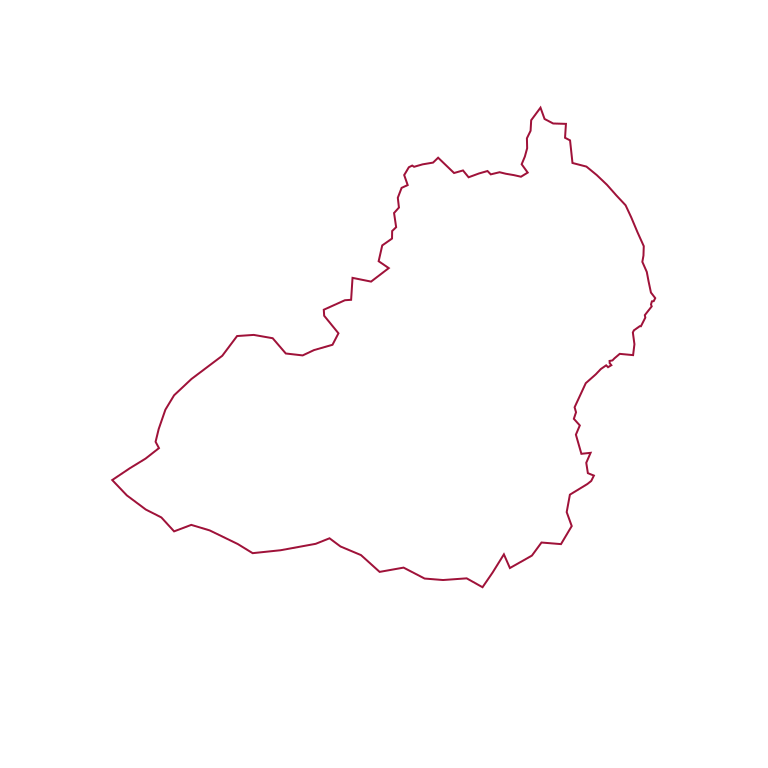 the district of Kedares, Paphos, Cyprus, rotated 344°
{"feature_id": "46923920B11025304777915", "entity_name": "Kedares", "entity_type": "district", "adm_level": 2, "iso_a3": "CYP", "parent_name": "Cyprus", "parent_adm1": "Paphos", "projection": "albers", "projection_center": [32.731, 34.831], "detail": "fine", "context": "isolated", "style": "outline", "palette": "rose", "viewbox_px": 768, "rotation_deg": 344, "n_neighbors": 0, "source": "geoboundaries", "source_scale": "gbopen_adm2", "svg_char_len": 1928}
<svg xmlns="http://www.w3.org/2000/svg" viewBox="0 0 768 768"><g transform="rotate(344 384 384)"><path d="M346.6,296.0L345.3,301.9L354.2,322.7L345.3,332.1L326.1,332.1L313.7,334.1L298.0,327.6L289.6,309.3L272.3,300.9L256.0,297.4L236.3,312.3L200.3,326.1L179.1,337.0L166.8,348.4L155.0,365.2L148.5,376.6L150.0,383.6L134.2,390.0L116.5,394.9L96.3,401.4L97.0,402.8L106.1,420.2L120.4,439.0L133.2,450.9L141.6,467.8L159.9,466.3L176.1,476.7L199.3,497.5L211.1,510.4L238.8,515.3L274.3,518.8L289.1,517.3L297.4,528.2L314.7,542.1L328.0,563.4L352.2,565.9L369.4,582.2L386.7,588.7L409.9,593.6L420.6,604.4L422.7,606.5L436.5,595.1L452.3,580.8L454.3,595.6L478.9,589.7L491.7,579.8L510.0,586.7L525.3,572.3L524.3,557.5L532.2,541.6L551.9,536.2L556.5,534.3L560.5,529.9L555.4,525.9L556.7,515.5L563.6,507.1L554.5,505.5L554.5,485.6L560.8,477.8L556.9,469.8L560.8,464.1L560.8,458.9L578.2,438.8L590.2,433.1L596.5,429.4L602.7,427.3L604.0,429.6L607.7,428.6L606.7,426.1L607.2,424.0L610.1,424.3L612.5,422.9L618.9,420.0L631.4,424.9L635.7,414.8L637.4,403.1L639.0,401.3L645.9,398.9L646.9,399.3L653.5,392.2L653.7,389.7L662.7,383.2L662.6,381.1L664.3,378.4L666.1,378.7L668.4,376.2L665.8,369.7L666.6,358.4L667.5,348.7L666.0,337.8L668.8,332.1L671.7,323.1L669.5,308.0L667.6,292.0L665.5,278.8L659.3,266.7L653.3,254.1L646.1,241.8L638.5,230.8L626.1,223.5L630.0,201.1L625.9,197.2L630.6,184.1L618.4,180.2L611.4,173.5L610.6,161.5L598.2,171.0L594.7,181.0L589.1,187.2L586.6,196.8L582.1,204.2L576.9,210.7L580.4,220.4L572.8,222.5L566.4,219.0L559.1,215.5L553.5,212.3L544.4,211.9L542.2,207.8L533.3,207.8L522.3,208.6L518.8,200.5L509.5,200.5L498.4,181.4L492.2,184.7L481.6,183.5L472.8,183.5L471.3,181.8L467.6,182.5L463.5,186.4L461.0,188.7L461.6,199.3L455.0,200.3L448.6,208.8L447.0,218.5L440.8,222.4L438.9,236.6L434.0,239.2L431.8,246.4L420.5,250.3L412.7,264.5L420.5,273.9L399.8,282.0L383.0,273.3L375.6,294.0L369.5,292.7L346.6,296.0Z" fill="none" stroke="#9f1239" stroke-width="2"/></g></svg>